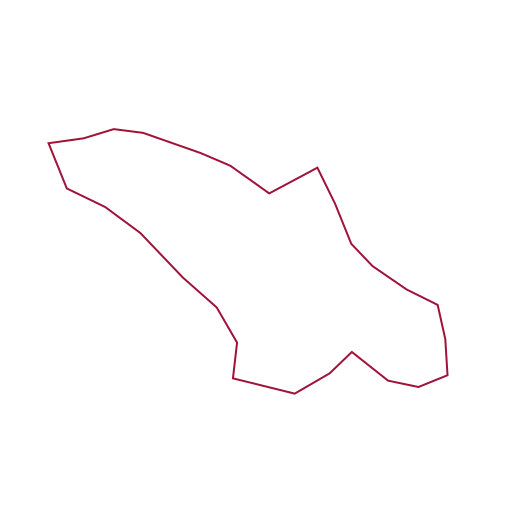 Malounta, Nicosia, Cyprus (Mercator projection), rotated 158°
{"feature_id": "46923920B69760563088960", "entity_name": "Malounta", "entity_type": "district", "adm_level": 2, "iso_a3": "CYP", "parent_name": "Cyprus", "parent_adm1": "Nicosia", "projection": "mercator", "projection_center": [33.179, 35.044], "detail": "fine", "context": "isolated", "style": "outline", "palette": "rose", "viewbox_px": 512, "rotation_deg": 158, "n_neighbors": 0, "source": "geoboundaries", "source_scale": "gbopen_adm2", "svg_char_len": 499}
<svg xmlns="http://www.w3.org/2000/svg" viewBox="0 0 512 512"><g transform="rotate(158 256 256)"><path d="M406.1,438.3L406.1,389.5L377.5,357.9L354.6,320.6L331.8,263.2L311.7,223.0L306.0,182.8L323.2,151.2L271.7,113.9L231.7,119.6L203.1,131.1L180.2,90.9L154.5,73.7L123.1,73.7L111.6,108.1L105.9,142.6L128.8,168.4L151.7,202.9L163.1,231.6L163.1,274.7L166.0,314.9L220.3,309.1L246.0,349.3L268.9,372.3L314.6,412.5L340.3,426.9L371.8,429.7L406.1,438.3Z" fill="none" stroke="#9f1239" stroke-width="2"/></g></svg>